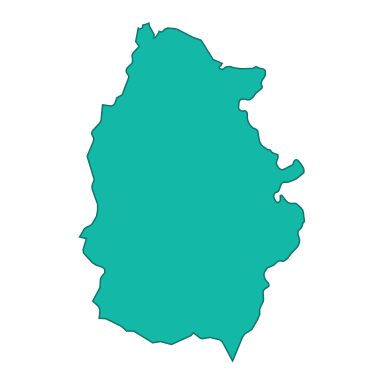 an SVG outline of Lugo
{"feature_id": "ESP-5832", "entity_name": "Lugo", "entity_type": "Autonomous Community", "adm_level": 1, "iso_a3": "ESP", "parent_name": "Spain", "parent_adm1": "", "projection": "robinson", "projection_center": [-7.286, 43.039], "detail": "fine", "context": "isolated", "style": "filled", "palette": "teal", "viewbox_px": 384, "rotation_deg": 0, "n_neighbors": 0, "source": "natural_earth", "source_scale": "10m", "svg_char_len": 3218}
<svg xmlns="http://www.w3.org/2000/svg" viewBox="0 0 384 384"><path d="M138.3,28.1L139.1,29.1L140.6,28.7L142.3,28.0L142.6,27.4L142.5,26.2L142.8,25.1L144.3,24.6L145.6,24.5L148.8,23.0L149.5,26.3L154.1,34.5L153.6,38.2L155.2,37.6L157.7,34.6L159.2,31.3L161.5,32.1L163.2,30.8L165.1,29.0L167.8,28.0L175.3,28.8L177.6,29.5L193.4,37.6L201.1,40.2L213.1,59.5L222.2,63.5L221.5,64.5L221.1,65.3L220.6,65.9L219.4,66.6L219.4,68.4L222.0,69.5L223.5,68.8L225.0,67.5L227.3,66.6L230.1,66.6L234.0,67.8L241.3,68.8L252.9,68.4L256.1,66.6L259.5,68.3L262.8,68.8L265.1,70.3L265.4,75.0L264.0,77.6L262.0,80.4L261.0,83.7L262.3,86.7L261.9,88.1L261.6,88.5L255.8,93.3L253.1,97.1L251.2,98.7L249.7,99.6L248.4,99.8L246.9,99.7L245.0,99.1L242.9,99.1L240.5,99.6L239.4,101.0L239.0,102.6L238.5,107.5L238.8,108.7L239.4,109.8L241.9,111.0L245.2,110.8L246.4,111.6L247.2,113.0L247.3,114.8L247.3,116.7L247.4,118.8L248.1,121.5L249.2,123.9L250.6,125.7L253.2,128.2L254.8,128.6L256.3,129.5L257.7,130.8L259.3,140.9L260.5,143.3L261.6,145.1L263.0,146.4L267.3,149.5L268.8,149.8L270.0,149.9L272.1,152.5L275.2,153.9L276.8,154.3L278.0,155.1L278.0,156.4L277.9,157.9L276.6,161.3L276.4,163.6L277.0,165.3L278.0,167.0L279.2,168.4L280.7,169.4L282.2,169.9L285.4,168.6L289.0,166.6L290.8,165.9L292.2,165.0L293.2,163.8L293.5,162.3L294.4,160.9L295.5,159.9L297.0,159.8L298.7,161.2L300.6,163.6L303.5,168.1L304.0,170.7L303.7,172.8L296.5,178.7L294.9,179.5L288.0,182.2L286.2,182.3L284.3,182.1L283.0,182.4L281.9,183.1L281.2,184.2L280.6,185.6L280.0,187.2L279.4,189.5L278.4,191.2L276.9,192.1L275.3,192.6L274.1,194.1L273.6,196.7L274.6,199.4L276.1,201.7L277.9,202.6L278.7,202.3L279.5,201.7L279.9,201.3L280.1,200.9L280.3,200.1L280.3,195.6L280.8,195.3L281.9,195.4L285.9,200.7L286.4,201.2L288.0,202.5L289.5,203.1L291.3,203.5L294.9,203.3L296.6,203.9L301.0,208.0L302.7,210.1L303.3,212.5L304.4,221.4L302.7,223.6L302.3,225.7L301.5,227.5L298.2,231.0L297.9,233.9L299.5,239.7L299.5,241.6L298.8,244.3L297.7,246.6L291.5,253.2L287.2,258.7L285.2,260.4L283.3,261.3L281.6,261.1L280.0,260.7L278.1,261.2L273.7,265.2L268.3,267.4L267.4,268.0L265.2,270.8L264.3,272.7L263.9,274.9L264.6,278.0L265.7,280.1L267.0,281.8L268.3,283.1L268.9,284.7L268.8,286.2L267.1,287.6L265.3,288.5L263.9,289.9L263.0,291.9L263.5,298.5L263.3,301.3L260.0,308.1L259.6,310.0L259.7,314.4L257.9,318.8L251.7,329.6L244.9,333.8L242.6,336.9L232.6,361.0L222.4,341.9L219.8,339.8L210.0,337.4L202.0,338.7L200.5,338.3L193.4,332.8L191.1,335.5L171.4,344.5L160.6,341.5L152.8,342.8L134.0,331.2L127.1,331.0L126.8,331.2L121.3,326.3L105.9,318.7L99.1,318.3L100.0,311.0L99.6,308.7L98.4,306.3L92.7,301.1L100.0,287.6L100.4,280.0L101.1,277.4L104.8,272.7L104.8,269.2L102.4,267.1L96.3,265.2L92.5,262.8L83.6,253.1L83.1,249.8L86.4,238.6L79.6,237.0L84.3,228.9L86.1,227.5L90.2,225.6L92.0,224.1L96.6,216.2L97.6,210.3L97.6,204.2L92.2,189.0L92.1,185.8L92.8,183.2L93.7,181.3L94.2,179.4L87.2,156.3L93.6,140.8L93.8,138.6L93.2,137.1L92.4,135.6L91.8,133.8L92.0,131.8L93.0,130.2L99.7,123.1L101.1,120.4L102.6,104.8L111.3,106.1L113.6,105.0L115.0,103.0L116.9,97.7L122.1,94.9L128.6,77.8L128.9,76.6L128.5,75.6L126.3,72.1L126.3,69.9L127.2,67.9L131.7,63.6L132.4,62.4L132.6,59.8L132.0,55.5L133.0,53.1L139.2,46.4L135.7,41.6L138.3,28.1Z" fill="#14b8a6" stroke="#0f766e" stroke-width="1.5"/></svg>